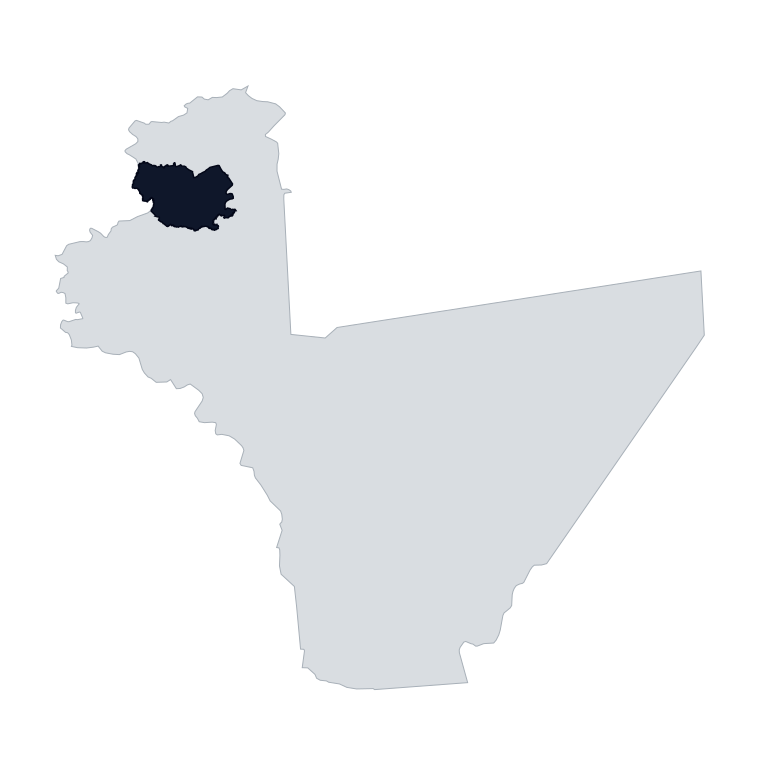 location of Kita, Kayes, Mali, rotated 87°
{"feature_id": "8926073B18522946307375", "entity_name": "Kita", "entity_type": "district", "adm_level": 2, "iso_a3": "MLI", "parent_name": "Mali", "parent_adm1": "Kayes", "projection": "natural_earth1", "projection_center": [-9.401, 13.202], "detail": "fine", "context": "in_parent", "style": "filled", "palette": "ink", "viewbox_px": 768, "rotation_deg": 87, "n_neighbors": 0, "source": "geoboundaries", "source_scale": "gbopen_adm2", "svg_char_len": 9744}
<svg xmlns="http://www.w3.org/2000/svg" viewBox="0 0 768 768"><g transform="rotate(87 384 384)"><path d="M112.1,608.5L112.3,605.2L109.9,602.9L109.8,601.8L111.2,592.4L111.0,589.9L112.1,585.2L110.5,583.0L110.1,581.4L106.2,575.3L105.0,570.1L103.0,566.6L98.5,565.6L96.8,568.5L95.7,569.0L94.0,566.9L93.4,565.0L93.4,563.4L87.5,555.2L87.9,550.8L90.1,548.5L91.0,544.7L88.8,540.4L89.2,536.2L88.9,530.4L85.4,525.3L83.1,523.0L81.2,519.4L82.8,511.2L79.3,504.2L85.8,507.0L88.9,504.4L91.9,500.9L94.4,496.2L95.6,490.3L96.1,485.3L98.6,477.5L101.8,473.7L108.2,468.3L109.9,468.8L120.5,480.4L126.4,486.3L128.6,489.4L130.6,489.4L133.6,483.7L136.6,478.8L138.0,477.6L148.5,477.0L154.0,477.9L158.9,479.3L165.9,479.7L184.1,476.1L184.4,473.8L184.1,471.0L184.9,468.9L186.4,467.0L187.7,466.6L188.3,473.1L189.8,474.1L194.1,474.4L329.6,474.4L335.0,440.3L325.1,427.9L287.7,61.6L352.0,61.6L363.1,69.9L571.9,231.0L573.0,236.2L572.8,243.4L574.4,245.5L577.5,247.9L589.3,254.7L590.3,256.1L590.8,258.9L592.2,262.4L594.7,264.5L597.7,266.0L601.2,267.0L611.9,268.1L614.2,269.7L618.9,276.1L621.4,277.4L635.8,280.8L640.5,282.5L645.6,285.4L648.4,288.0L648.5,298.0L650.6,304.5L650.6,306.1L648.4,308.8L647.9,310.7L645.4,315.8L645.9,317.8L651.0,321.8L653.5,322.8L656.3,322.8L686.6,316.1L688.7,409.3L687.6,410.8L687.1,427.3L685.0,437.0L681.2,444.2L678.9,454.9L677.5,457.0L676.5,463.2L674.3,466.7L670.4,468.1L663.5,475.0L663.0,480.5L646.5,477.4L645.4,477.5L644.7,478.2L644.4,481.2L602.2,482.9L581.5,484.1L568.6,496.7L560.2,497.9L549.6,496.9L544.2,496.8L542.1,497.5L541.7,499.8L524.8,493.4L518.6,495.4L517.6,494.7L516.7,493.4L513.7,492.6L508.9,492.9L505.4,493.9L494.8,503.8L489.1,506.3L478.5,512.2L471.1,517.3L468.4,518.2L464.3,518.4L460.8,519.5L457.8,530.9L455.7,532.0L443.0,527.4L440.4,528.1L438.2,529.4L431.1,536.1L427.6,541.4L425.8,548.6L426.1,553.2L424.9,554.6L421.6,555.0L415.7,553.5L413.8,554.1L413.1,557.6L413.2,565.3L412.0,570.5L408.5,572.1L405.8,574.1L403.6,574.7L401.8,574.2L391.5,566.5L388.0,565.2L384.2,566.1L380.5,569.4L373.9,577.5L374.6,580.4L376.5,583.7L377.8,587.9L377.8,591.6L368.4,596.9L370.6,600.8L370.4,611.4L366.1,616.2L364.6,619.3L360.4,622.7L356.8,624.6L345.3,627.4L340.7,630.7L338.6,633.4L338.1,636.4L338.5,639.7L340.8,646.7L340.1,653.0L338.3,660.4L336.5,663.7L331.2,667.5L332.0,672.3L332.5,679.2L331.7,688.1L330.1,694.2L328.8,693.6L323.7,693.9L318.2,695.7L316.2,697.3L315.8,699.3L311.1,704.2L308.0,703.9L305.0,702.6L303.5,701.3L303.4,700.5L305.2,696.6L305.3,695.3L303.4,688.5L303.7,686.7L303.0,681.5L302.6,681.3L296.5,683.5L296.2,684.5L297.2,687.8L296.6,688.4L294.4,688.3L291.3,687.2L288.0,684.2L287.2,685.2L286.8,687.6L286.6,690.4L287.4,695.6L286.6,697.5L281.3,697.2L277.0,697.8L275.9,699.6L275.5,701.7L276.5,704.0L276.4,705.0L274.5,706.4L273.7,706.3L271.3,703.8L261.7,701.4L260.8,697.9L259.7,697.8L256.6,693.6L255.3,693.7L254.2,694.4L250.6,694.1L247.3,697.8L244.9,702.4L242.3,704.6L238.3,705.6L238.9,702.7L237.7,698.7L229.3,693.7L228.0,691.6L225.9,680.2L226.0,676.8L226.5,673.8L226.3,671.5L225.4,669.7L222.9,668.0L220.3,667.2L217.0,669.5L215.4,669.9L213.9,669.7L213.1,668.9L213.2,667.8L216.8,661.6L218.6,659.1L222.1,656.1L223.0,654.6L223.1,653.4L222.8,652.6L220.4,651.5L216.8,648.6L214.8,648.3L213.2,647.0L211.5,642.6L210.7,641.7L208.9,641.2L207.4,640.1L207.5,629.3L203.9,621.3L200.8,611.0L199.1,608.6L196.3,606.5L192.7,605.1L189.6,604.7L186.1,605.9L186.1,606.8L188.1,610.1L188.4,612.0L188.1,613.7L187.4,614.9L182.7,616.1L176.3,619.8L174.2,624.2L172.7,624.7L170.3,624.2L153.4,616.8L146.3,620.0L141.7,626.4L140.6,628.5L138.5,630.4L137.3,630.4L136.0,629.1L131.1,619.4L129.0,617.1L126.3,617.0L124.0,618.6L121.7,621.9L118.7,624.9L116.8,625.8L115.1,625.3L108.2,618.8L107.8,617.4L111.0,609.6L112.1,608.5Z" fill="#d9dde1" stroke="#a8b0b8" stroke-width="1"/><path d="M154.1,589.8L154.8,590.0L155.1,590.6L155.2,590.9L154.9,591.1L155.2,591.5L155.5,591.9L156.6,592.1L156.7,592.4L156.5,592.8L155.7,593.1L155.5,594.0L154.8,594.6L153.6,594.8L153.5,595.5L153.7,595.8L154.7,595.6L155.2,596.2L155.3,596.8L155.1,597.5L155.6,599.1L154.9,600.1L154.1,600.6L154.3,601.0L154.1,601.7L153.7,602.1L153.8,602.6L153.7,603.0L154.0,603.9L152.9,604.9L152.0,607.0L151.3,607.6L151.0,608.3L150.5,608.7L150.9,610.6L150.7,611.3L149.8,611.3L149.5,611.5L149.4,611.9L149.4,612.5L149.7,613.0L149.9,613.1L150.6,612.6L150.8,612.7L150.8,614.5L151.2,614.9L151.0,615.4L151.1,616.0L150.9,616.3L151.6,616.8L151.7,616.4L152.1,616.6L152.4,617.8L152.5,617.8L153.0,617.7L153.0,616.9L153.5,616.9L153.7,617.2L153.9,616.8L154.3,616.8L154.3,617.3L154.6,617.6L155.3,617.2L155.7,617.4L156.4,617.3L156.6,617.9L157.0,618.1L157.3,618.0L157.8,618.5L158.4,618.6L158.8,618.3L159.3,618.5L159.9,618.5L160.2,618.2L160.4,618.6L160.1,618.7L160.0,619.6L160.6,619.7L160.7,619.9L161.0,619.6L161.1,620.2L161.3,620.2L161.3,619.6L161.5,619.9L161.7,620.0L162.0,619.8L162.8,620.5L163.1,620.5L163.2,620.2L163.6,620.5L164.0,621.2L164.4,621.6L164.7,621.8L165.1,621.7L165.8,621.9L166.8,621.8L167.2,623.0L167.5,623.0L167.7,623.4L168.3,623.8L169.1,623.6L170.0,623.8L170.4,623.4L171.4,624.0L171.4,624.4L171.7,624.7L172.5,624.6L173.0,624.9L174.2,625.1L174.8,624.9L175.2,624.6L175.0,623.5L175.3,623.3L175.7,622.5L175.5,620.9L175.9,619.9L176.2,619.8L176.7,619.0L177.0,619.0L177.1,618.6L177.9,618.6L178.0,618.4L178.3,618.4L179.4,617.7L180.0,617.9L180.9,617.8L181.2,617.1L182.4,616.2L182.7,615.2L183.1,615.0L183.8,615.1L184.0,615.0L184.4,615.2L185.1,614.8L185.6,614.9L185.9,615.2L186.1,614.9L186.9,615.4L187.4,615.2L187.4,615.4L188.0,615.4L187.8,615.0L188.1,614.3L188.3,614.6L188.8,614.1L188.7,612.4L188.9,612.1L189.1,612.1L189.4,611.4L189.1,611.2L189.1,610.9L189.6,610.6L189.4,610.3L188.7,610.2L188.1,609.8L188.1,609.0L187.9,608.6L187.5,608.5L187.4,608.0L187.1,608.1L186.6,607.6L186.5,606.8L186.2,606.6L185.9,606.9L185.6,606.3L185.7,605.9L186.4,605.4L187.0,605.3L187.0,604.7L187.3,604.4L188.1,604.6L188.3,605.3L188.6,605.2L188.7,604.7L189.0,604.2L190.1,605.0L190.5,604.5L191.4,604.2L192.7,604.6L194.9,604.9L195.8,605.5L196.0,605.9L196.6,606.1L197.6,607.0L199.1,607.5L202.5,604.4L204.1,603.2L204.4,603.7L205.2,601.5L205.5,600.0L206.2,599.6L206.7,599.7L207.4,600.0L207.7,600.5L208.6,600.5L208.8,600.0L209.4,599.5L210.1,598.4L210.5,598.1L210.4,597.5L211.5,596.5L212.2,596.2L212.4,595.5L213.0,594.9L213.3,594.2L213.7,594.2L214.0,593.7L215.1,592.7L215.1,592.1L215.4,591.7L214.9,590.7L214.5,590.7L214.4,590.5L214.3,589.9L213.8,589.4L213.9,589.1L213.4,588.7L213.8,588.2L214.8,587.7L214.7,587.1L214.3,587.0L214.2,586.6L214.4,585.9L214.9,585.5L215.4,585.7L215.9,585.1L215.7,584.2L215.9,583.7L216.3,583.4L216.1,583.1L216.4,582.4L216.1,581.7L216.5,581.0L216.3,580.9L215.9,579.2L215.7,579.1L215.6,578.4L215.9,578.3L215.8,578.0L216.0,577.5L216.5,577.5L216.6,577.0L216.5,576.2L216.1,575.9L216.3,575.6L216.5,574.7L216.4,574.0L216.7,573.7L216.7,573.0L217.0,573.0L217.2,572.7L217.2,572.4L218.0,571.9L217.8,571.3L218.3,571.0L218.5,570.4L218.2,570.5L217.8,569.8L218.6,569.1L218.7,568.4L218.4,568.0L218.6,567.9L219.2,568.1L219.1,567.2L218.9,567.0L218.7,567.0L218.7,566.7L219.8,565.7L220.1,565.5L220.2,565.8L221.0,565.5L221.1,565.0L220.8,564.8L220.7,565.1L220.7,564.1L221.0,563.9L220.5,563.3L220.6,562.9L220.5,562.3L220.2,562.2L220.4,561.6L219.0,560.6L218.8,560.3L218.8,559.8L218.7,559.3L217.3,558.2L217.0,557.8L217.7,557.7L217.3,556.3L217.4,555.6L217.2,555.3L217.1,554.3L217.1,553.4L217.5,552.5L217.5,552.0L217.8,552.1L218.4,550.9L218.8,550.9L219.0,550.7L218.9,550.4L219.4,550.5L219.5,550.3L219.3,548.9L220.0,548.5L219.8,548.2L220.1,547.8L220.6,547.9L220.6,547.2L220.9,547.3L221.1,546.8L220.7,545.4L221.5,545.4L221.6,545.1L221.5,544.8L220.7,544.2L221.0,543.4L220.2,542.3L220.1,541.6L219.9,541.4L219.5,541.4L218.9,541.8L218.0,541.1L217.2,541.3L216.8,542.1L215.9,542.5L216.5,543.0L216.6,543.5L216.4,544.0L215.5,544.6L215.4,545.3L215.9,545.3L216.3,545.0L216.5,545.3L216.0,545.6L216.0,545.9L215.5,546.5L214.4,546.7L213.4,545.6L213.2,545.6L213.1,545.9L212.3,546.3L211.9,546.1L211.7,546.2L211.4,546.0L211.2,545.0L210.6,545.0L210.4,544.7L210.4,544.1L210.0,543.7L210.3,543.0L210.1,542.9L209.9,543.0L210.0,543.2L209.6,543.6L209.2,543.7L208.9,543.5L209.1,543.3L208.6,542.6L208.6,542.1L208.4,542.0L208.2,542.2L207.5,541.8L207.3,541.6L207.2,540.8L206.6,540.9L206.7,541.2L206.3,541.0L206.0,540.4L206.0,539.9L205.8,539.5L206.4,539.3L206.9,538.6L206.5,538.3L206.5,538.0L206.8,538.0L207.3,537.5L207.6,537.5L207.3,536.5L207.2,534.6L207.4,534.4L208.4,534.7L209.3,535.3L210.0,534.8L209.5,533.0L209.8,532.0L209.8,530.7L209.7,530.6L209.2,530.5L208.8,530.1L208.9,529.7L208.2,528.9L208.4,528.0L208.2,527.8L207.4,527.8L207.5,527.3L208.1,526.7L207.6,526.2L206.6,526.6L206.4,525.7L206.1,525.6L206.0,525.8L205.2,526.0L205.0,525.8L205.2,524.7L204.5,524.3L203.8,524.4L203.4,524.0L203.2,522.7L201.8,523.6L201.7,523.9L202.0,524.8L201.6,525.8L201.9,526.8L201.8,527.5L200.8,528.6L200.1,531.2L201.4,532.8L201.2,533.5L196.4,533.5L194.8,533.0L193.3,531.9L191.7,529.1L191.2,527.5L191.2,526.1L190.6,524.8L188.8,524.8L186.2,525.7L185.8,526.9L185.8,528.3L186.4,529.9L186.4,530.9L185.2,531.8L183.5,531.5L181.7,530.2L177.5,525.1L176.2,524.8L170.2,528.3L169.6,529.5L169.1,529.6L168.5,529.1L167.3,529.0L167.0,530.1L166.1,531.4L165.5,531.6L165.4,532.0L165.0,531.9L164.1,533.1L164.0,533.6L163.3,534.2L160.4,535.8L157.3,537.2L157.0,538.3L158.6,546.5L159.9,548.2L161.0,550.2L162.3,551.5L163.4,554.2L164.3,555.8L165.0,557.9L166.8,559.3L167.0,559.3L167.0,560.0L167.9,561.6L167.8,562.1L168.0,562.6L168.0,563.0L167.7,563.2L164.2,563.8L162.5,564.2L161.9,564.1L160.0,567.5L158.1,570.0L156.9,570.5L156.1,571.8L155.8,574.8L154.9,575.1L154.5,575.7L155.2,576.8L155.7,578.4L156.1,580.4L155.4,580.9L153.0,581.1L152.1,581.4L152.1,581.8L153.3,582.7L154.1,582.6L154.9,582.8L155.1,586.3L155.3,588.4L155.1,588.6L155.1,588.1L154.3,588.2L153.8,589.0L154.1,589.4L154.1,589.8Z" fill="#0f172a" stroke="#020617" stroke-width="1.5"/></g></svg>